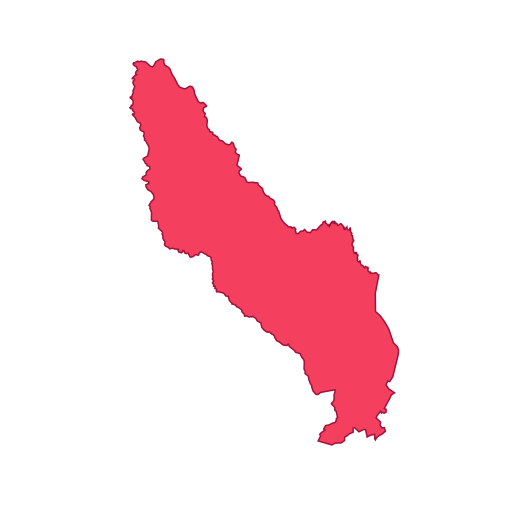 Igembe South, Eastern, Kenya, rotated 201°
{"feature_id": "3690345B60078326777064", "entity_name": "Igembe South", "entity_type": "district", "adm_level": 2, "iso_a3": "KEN", "parent_name": "Kenya", "parent_adm1": "Eastern", "projection": "natural_earth1", "projection_center": [38.161, 0.099], "detail": "fine", "context": "isolated", "style": "filled", "palette": "rose", "viewbox_px": 512, "rotation_deg": 201, "n_neighbors": 0, "source": "geoboundaries", "source_scale": "gbopen_adm2", "svg_char_len": 6131}
<svg xmlns="http://www.w3.org/2000/svg" viewBox="0 0 512 512"><g transform="rotate(201 256 256)"><path d="M72.4,138.7L74.6,141.8L76.8,140.8L78.7,141.8L79.7,142.9L80.2,145.6L85.9,147.9L85.8,150.1L84.1,155.6L82.5,154.5L82.3,155.3L80.0,155.2L78.6,156.8L79.6,159.5L81.6,159.6L80.1,171.1L79.9,174.9L77.6,177.9L84.5,179.5L87.9,181.9L88.5,183.4L88.2,186.4L86.2,186.7L85.0,192.3L88.0,215.7L89.1,219.1L91.6,222.0L96.5,224.1L105.7,235.2L112.0,240.4L117.7,244.2L124.6,247.1L131.3,264.1L134.5,282.3L135.1,282.0L137.5,283.3L138.7,283.1L140.1,281.9L142.4,281.4L143.0,280.7L143.7,282.0L144.4,281.6L145.9,282.1L147.1,284.0L146.7,284.4L147.5,285.5L147.9,285.2L149.9,285.5L150.4,283.8L152.9,285.4L154.4,285.2L156.3,287.0L156.9,288.6L157.5,288.4L157.5,287.7L158.0,287.2L160.0,288.3L159.8,289.2L161.1,291.3L160.9,292.9L161.3,293.5L163.4,293.9L163.0,294.7L163.3,295.2L164.0,295.1L165.1,293.7L167.2,296.2L168.2,299.3L170.3,300.7L170.9,303.6L170.3,304.0L170.4,305.7L171.3,306.0L173.2,309.5L174.4,309.8L174.7,311.5L176.5,312.8L177.5,315.3L178.1,315.9L178.4,315.4L177.8,313.9L179.6,313.3L180.8,314.2L181.5,315.6L181.8,314.2L182.6,314.0L182.5,312.6L183.2,312.5L184.5,313.8L184.2,314.5L187.8,316.5L188.8,316.4L189.5,314.8L190.7,313.8L192.2,315.4L193.2,315.3L193.6,314.5L194.2,314.7L194.5,316.2L195.2,316.5L195.7,316.1L195.8,314.5L196.3,314.6L197.0,315.5L197.4,315.0L197.4,313.7L198.2,313.3L197.6,311.5L199.1,311.5L199.2,310.7L198.4,310.5L198.2,309.8L199.9,310.2L201.7,311.5L202.8,311.5L203.3,312.9L203.8,313.4L205.5,311.7L205.4,309.1L206.4,308.3L208.9,302.0L212.6,300.8L213.5,297.4L217.0,296.5L220.1,298.2L221.2,295.9L223.3,295.1L224.3,292.4L226.3,291.4L227.0,291.7L227.3,292.7L228.6,293.7L228.4,295.2L230.1,296.3L230.8,296.5L232.2,294.8L233.8,295.8L236.0,294.8L242.6,297.4L246.2,300.0L251.1,306.2L251.9,306.4L254.3,309.1L257.0,310.4L257.8,312.9L258.8,313.9L259.7,314.5L263.6,315.0L265.7,316.3L266.9,315.8L269.3,316.4L272.1,318.4L274.0,321.3L279.3,323.1L280.4,324.8L282.5,324.5L283.4,323.7L284.6,324.0L289.5,321.9L291.1,321.8L294.4,325.1L296.5,325.5L298.4,325.1L299.6,325.6L301.8,327.6L302.0,329.6L300.8,331.4L301.2,332.3L305.9,333.7L306.4,334.4L307.6,343.8L308.0,344.3L309.8,344.2L312.5,345.3L312.9,348.6L315.4,350.0L317.4,353.0L319.0,353.6L319.6,353.4L320.0,351.3L321.0,350.0L324.8,349.8L329.1,351.5L331.6,350.9L335.0,353.7L335.9,353.4L337.3,354.0L340.0,354.0L340.3,355.4L340.8,355.9L343.8,355.7L344.9,357.3L346.3,357.5L348.5,359.7L350.0,365.0L351.0,366.5L352.3,367.7L353.5,367.4L354.0,367.9L354.5,370.9L356.0,371.4L357.5,372.6L358.0,375.7L356.0,377.8L356.1,378.6L359.9,380.3L361.5,380.0L361.8,379.3L362.6,378.9L365.0,379.3L370.8,384.7L373.6,389.0L375.7,390.9L378.2,391.0L379.2,390.3L381.2,387.5L382.8,386.4L387.4,386.3L390.3,387.8L395.6,392.7L399.6,395.6L403.2,399.6L405.1,400.7L409.7,401.6L411.4,403.5L412.3,406.1L413.3,406.4L415.9,405.6L419.1,401.4L419.7,396.7L420.8,395.3L422.9,395.4L428.4,397.6L433.2,396.7L434.3,395.5L436.4,395.5L438.5,392.8L439.4,392.7L439.6,391.2L437.9,390.1L435.7,389.9L433.0,387.4L433.9,385.7L434.0,383.9L433.7,382.9L432.4,382.4L433.4,381.6L435.2,377.9L435.0,377.2L433.4,377.9L432.8,377.5L432.5,376.4L433.3,375.4L433.2,374.0L431.8,372.2L429.9,370.7L430.0,365.9L429.1,364.6L429.2,361.2L428.8,359.5L430.2,359.5L430.2,358.6L426.8,357.3L425.9,355.8L425.2,353.0L425.4,352.2L426.4,352.1L426.2,350.6L426.9,349.4L426.0,348.7L424.0,349.1L423.2,347.5L421.0,346.7L420.7,344.7L422.0,344.4L421.9,343.6L419.0,342.3L414.8,338.9L411.2,338.3L410.4,336.7L410.6,334.0L409.5,332.4L408.0,331.8L405.4,331.7L404.7,331.1L404.1,329.7L404.1,327.8L402.1,326.0L401.8,324.4L399.8,323.6L395.1,319.5L394.0,317.4L393.1,311.0L393.4,310.0L395.8,307.1L396.2,306.3L395.9,305.5L394.2,304.7L392.3,302.7L390.9,302.7L390.2,301.3L387.6,301.5L386.4,299.8L386.3,298.7L387.8,297.1L388.5,294.8L387.6,292.6L387.8,291.9L390.0,289.4L390.2,287.3L387.9,286.5L382.7,286.8L382.1,285.2L384.4,283.0L383.6,281.4L381.0,279.2L376.9,278.5L373.9,276.6L372.8,275.3L371.9,273.1L372.0,272.0L373.4,269.0L374.0,264.9L372.5,264.3L372.1,263.6L372.3,262.7L369.1,259.2L366.7,252.4L366.1,251.8L365.0,251.6L362.4,252.2L361.1,253.1L359.8,252.8L357.6,249.1L357.1,247.0L351.9,244.9L351.5,244.1L351.6,243.0L349.9,241.1L349.5,239.6L348.6,238.4L346.0,236.6L345.4,233.6L343.5,232.7L341.0,232.7L339.1,231.7L336.8,233.3L334.0,233.5L330.9,234.5L330.4,234.1L330.7,233.1L329.3,232.0L326.7,232.3L326.3,233.0L326.2,234.9L325.2,235.2L323.7,233.3L321.9,233.3L320.6,234.2L320.0,234.1L317.4,231.6L316.4,231.5L314.6,232.9L312.8,235.8L310.4,235.9L309.9,236.4L310.1,238.0L309.1,240.2L306.6,240.2L305.3,239.6L302.8,239.8L301.8,238.9L298.8,239.0L297.4,238.2L296.2,235.9L294.6,235.1L294.6,233.1L293.4,231.9L291.9,228.3L290.4,226.4L290.1,223.3L288.3,219.9L288.6,219.1L288.1,218.4L286.8,217.9L286.5,216.9L287.1,215.9L286.7,214.8L285.2,214.3L284.8,212.6L283.1,212.9L282.8,211.0L280.9,210.9L280.4,208.8L279.6,208.4L278.3,209.1L274.9,209.6L272.4,209.6L270.0,207.9L267.4,208.3L264.7,204.7L261.4,203.3L261.3,202.6L257.9,203.0L255.8,201.7L254.0,201.7L250.1,200.6L249.2,198.9L245.9,197.3L245.1,195.7L243.6,196.6L240.4,196.6L238.9,197.6L238.0,197.6L237.4,198.5L233.7,197.7L231.6,195.8L227.6,195.4L225.0,191.4L221.9,189.7L218.7,188.9L216.0,189.8L213.5,188.8L211.7,188.7L210.1,187.9L209.1,186.5L206.5,184.4L203.5,184.1L198.7,182.6L195.1,183.5L194.6,185.0L193.9,185.4L192.6,183.5L186.2,181.6L184.5,180.3L179.8,180.7L178.3,179.0L176.9,178.2L176.8,177.6L175.3,177.0L173.3,175.3L170.6,167.6L169.0,166.4L168.0,163.7L164.2,162.7L162.4,159.6L159.6,156.4L157.6,155.1L156.7,153.2L154.2,150.3L150.3,148.3L148.4,149.0L146.8,151.8L134.3,159.4L133.7,158.9L133.4,154.6L131.6,149.8L131.6,148.2L132.7,145.7L132.6,144.9L128.2,142.9L127.3,140.6L126.5,139.9L125.5,139.8L121.9,134.3L122.7,133.2L122.1,130.4L122.8,128.6L124.6,127.5L127.3,124.5L130.3,122.6L130.8,118.7L129.3,118.2L132.0,114.0L132.6,112.3L131.2,111.1L131.7,105.6L117.4,106.8L115.2,109.6L109.4,112.1L107.2,115.4L108.3,118.8L106.6,120.7L105.4,123.1L102.1,126.4L103.4,129.2L103.5,130.0L102.7,131.2L96.9,128.8L93.3,132.6L91.4,133.1L87.4,126.8L85.0,129.6L81.3,132.0L79.6,127.8L78.6,127.1L78.4,129.2L76.7,132.5L74.6,134.8L72.4,138.7Z" fill="#f43f5e" stroke="#9f1239" stroke-width="1.5"/></g></svg>